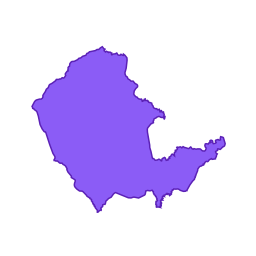 Ossu, Viqueque, East Timor, rotated 63°
{"feature_id": "22284137B78761758678939", "entity_name": "Ossu", "entity_type": "district", "adm_level": 2, "iso_a3": "TLS", "parent_name": "East Timor", "parent_adm1": "Viqueque", "projection": "albers", "projection_center": [126.407, -8.715], "detail": "fine", "context": "isolated", "style": "filled", "palette": "violet", "viewbox_px": 256, "rotation_deg": 63, "n_neighbors": 0, "source": "geoboundaries", "source_scale": "gbopen_adm2", "svg_char_len": 5876}
<svg xmlns="http://www.w3.org/2000/svg" viewBox="0 0 256 256"><g transform="rotate(63 128 128)"><path d="M177.8,49.4L179.1,50.5L180.5,51.0L180.2,52.3L179.1,53.0L178.7,55.4L179.2,56.1L181.1,56.1L181.2,57.3L180.7,59.1L178.7,59.1L178.4,58.6L177.9,58.5L177.0,59.0L176.5,59.7L176.5,60.4L176.8,61.1L177.5,61.0L178.2,60.6L178.4,60.6L178.5,61.1L178.0,62.6L178.7,63.7L177.4,65.6L177.3,66.4L178.4,67.4L179.8,67.8L181.2,67.5L182.0,67.9L183.1,69.3L183.3,70.2L182.3,71.9L181.7,72.3L179.7,73.0L179.3,73.4L178.2,75.5L177.8,77.0L176.3,78.6L176.5,79.5L175.6,80.3L173.4,80.7L173.5,81.7L173.9,82.8L173.7,83.6L171.6,85.7L171.0,86.7L170.4,86.8L169.6,87.4L170.1,89.0L168.7,89.7L168.3,90.8L168.2,91.8L167.3,92.9L167.6,93.5L168.8,93.3L169.2,93.5L169.7,94.9L169.3,95.9L169.8,96.3L170.8,96.2L170.9,97.7L172.2,98.6L173.9,99.2L171.6,100.1L171.3,100.6L171.7,101.6L172.6,102.8L172.6,104.5L172.9,104.8L173.8,104.5L173.9,106.6L174.6,106.8L174.7,107.1L174.3,107.8L174.2,108.6L171.6,108.4L170.8,108.8L170.8,111.1L171.1,111.8L172.5,112.9L172.4,113.3L170.6,113.9L169.8,114.6L169.8,116.5L169.1,118.4L166.9,119.0L166.5,119.8L165.7,119.9L159.3,118.2L155.4,117.5L153.0,116.4L140.6,112.6L137.9,111.4L136.8,110.4L134.7,105.6L134.9,104.7L134.6,104.2L134.9,103.0L134.4,102.7L133.3,102.5L132.9,101.6L131.9,100.9L131.7,100.5L131.7,98.0L131.4,97.1L131.7,95.1L133.6,93.7L134.5,92.0L135.4,91.6L136.4,91.6L136.3,91.2L134.6,89.8L134.4,89.8L134.0,90.7L133.7,90.7L132.6,89.7L131.7,89.5L130.7,89.7L130.1,89.1L129.8,89.1L129.4,90.2L129.0,90.5L127.7,90.3L127.6,90.5L127.6,91.0L128.3,91.4L128.2,92.1L126.6,91.9L125.9,91.6L125.5,91.6L125.4,93.0L125.1,93.4L123.8,93.6L123.5,94.5L122.3,95.6L121.3,96.0L119.7,95.7L118.2,96.0L116.6,95.6L115.5,96.6L114.6,97.8L114.0,97.9L113.3,97.6L112.8,98.4L112.2,98.3L111.4,100.0L110.8,99.9L109.9,99.5L109.8,100.5L110.9,101.6L110.4,102.2L110.8,102.9L110.7,103.2L108.7,102.8L108.3,102.9L108.1,103.3L108.1,103.9L106.6,105.4L105.4,105.8L104.8,105.8L103.6,106.9L101.2,107.5L100.3,107.4L97.8,105.6L96.4,103.2L95.7,100.9L95.4,100.6L94.3,100.1L93.2,100.3L91.6,101.5L88.5,102.2L87.7,104.0L85.9,104.6L84.2,105.7L82.2,105.5L80.9,106.3L78.9,106.2L77.3,105.6L73.8,102.4L67.1,98.0L65.0,97.1L61.8,97.7L60.1,98.5L60.4,98.7L61.2,98.7L61.3,99.1L60.7,99.9L59.1,100.8L59.6,102.1L58.6,103.6L57.8,103.9L56.3,103.9L56.0,104.2L56.2,105.5L55.6,107.0L55.3,108.1L55.5,109.1L55.3,109.3L54.5,109.1L53.8,108.5L53.5,108.9L52.6,109.2L51.6,110.7L51.9,110.8L51.9,111.1L49.9,112.3L50.0,113.6L49.7,113.7L49.2,113.7L48.3,114.2L47.5,113.5L47.5,112.9L47.3,112.7L46.5,113.5L43.9,114.0L44.1,116.5L44.6,117.4L44.6,118.4L44.5,119.1L44.0,119.8L44.2,122.0L42.6,127.7L43.1,129.4L42.9,130.9L43.9,132.1L44.0,133.0L43.5,135.9L44.1,138.1L43.6,140.3L44.2,141.7L44.2,145.6L43.3,147.7L43.4,148.8L44.2,150.5L46.5,152.2L46.5,153.2L47.0,154.0L48.5,154.7L49.0,155.3L49.9,155.4L49.8,156.5L51.1,159.1L51.7,159.5L52.9,159.7L54.2,161.9L54.2,162.8L53.3,163.8L53.8,165.7L53.3,166.6L53.3,167.5L52.2,169.8L53.0,171.2L53.7,175.3L53.7,178.1L54.1,178.9L55.8,180.7L56.4,183.2L58.0,185.1L59.6,187.9L60.3,189.0L61.8,189.8L62.6,190.8L62.8,192.3L62.1,193.6L61.5,196.5L61.5,197.8L62.1,199.3L65.2,203.7L65.7,203.6L67.3,204.0L67.9,203.2L68.9,203.2L71.2,202.0L72.5,201.8L76.7,202.5L85.1,204.8L89.8,204.9L93.0,204.4L94.0,203.7L94.1,203.3L95.4,203.4L107.3,205.3L116.6,206.4L120.2,206.1L121.7,206.7L122.8,208.4L123.4,208.6L123.7,208.0L124.5,207.5L124.5,207.1L125.1,206.6L125.4,205.8L127.7,205.0L128.5,204.5L129.4,202.7L131.0,202.4L132.2,201.5L133.6,200.9L136.7,200.8L137.4,201.4L140.2,201.5L145.1,200.3L146.4,201.0L149.1,199.3L150.5,198.7L151.5,199.2L152.8,200.6L154.2,201.6L155.3,202.0L156.8,202.0L159.2,201.3L162.1,199.8L163.4,197.6L164.3,197.0L168.9,195.6L170.2,195.5L172.3,194.3L172.9,193.7L173.6,194.0L175.1,193.0L176.3,193.7L177.6,193.2L177.7,193.4L179.2,193.5L179.6,193.2L180.3,193.6L180.8,193.1L181.3,193.3L181.5,193.1L181.8,193.4L182.4,193.5L182.9,192.9L184.0,193.4L187.2,192.7L188.4,193.1L188.9,193.6L189.2,193.4L189.3,192.5L188.6,191.0L188.8,190.4L188.7,189.7L189.1,189.3L188.2,188.7L187.1,188.6L186.8,188.0L186.5,186.3L185.0,185.4L185.1,184.0L185.6,183.2L184.9,182.3L183.3,181.1L183.1,180.8L182.5,178.6L182.0,177.5L182.0,174.4L180.2,170.9L179.9,169.6L179.9,168.4L190.3,159.4L191.7,157.0L192.0,154.9L192.3,154.0L195.2,150.3L195.3,143.6L194.7,142.6L192.2,140.7L192.5,139.0L194.0,136.9L194.4,134.8L194.7,134.6L195.9,134.6L196.2,134.3L197.3,134.9L198.3,134.7L199.1,135.0L200.7,134.2L201.3,134.5L202.1,134.1L203.2,134.4L204.0,134.2L204.9,134.8L205.8,134.6L206.3,135.6L206.1,136.3L206.5,136.6L209.0,138.0L209.7,137.5L211.1,138.6L211.4,138.6L212.1,136.9L213.4,135.3L212.6,135.5L212.3,135.2L212.7,134.3L212.5,133.7L211.5,133.3L211.2,133.9L210.3,133.6L210.2,132.9L210.4,132.4L209.8,132.1L209.1,132.7L208.7,132.6L208.4,132.0L207.4,132.0L207.2,131.6L208.0,129.7L207.5,129.8L207.0,130.4L206.7,130.3L206.1,129.4L206.4,128.8L205.1,128.8L204.5,127.7L204.6,127.3L205.3,127.1L205.5,126.8L204.9,126.9L204.2,126.3L204.6,125.3L204.2,124.1L204.7,123.6L204.0,123.0L204.2,122.7L205.1,122.5L204.9,121.9L205.3,121.4L205.7,121.2L206.7,121.7L207.0,121.6L206.7,121.3L207.0,120.7L206.6,119.4L205.7,119.5L205.6,118.6L205.1,118.2L204.3,118.3L203.9,116.6L203.3,116.5L203.5,115.6L203.1,115.0L204.2,113.1L204.9,111.3L205.7,110.5L207.3,109.7L209.6,107.4L210.4,105.6L210.3,104.4L210.6,103.9L209.9,103.3L206.7,98.5L204.6,94.4L203.9,92.1L203.2,91.7L202.5,90.5L201.6,90.1L201.4,89.3L200.7,88.9L197.7,85.4L196.2,84.4L195.0,82.0L194.9,81.0L195.2,79.8L195.0,78.9L195.3,77.4L194.9,77.0L194.4,77.2L194.5,76.0L193.8,75.5L193.3,74.2L193.3,73.4L194.1,72.4L194.1,71.8L193.2,69.9L193.2,67.5L194.1,67.3L195.2,64.1L194.5,63.7L193.6,62.3L192.3,61.4L191.6,60.2L190.4,60.9L189.0,60.8L188.7,60.6L188.6,58.3L188.3,58.0L187.5,57.9L187.3,57.5L187.8,56.7L188.9,55.7L188.9,55.2L187.9,52.2L188.0,51.3L187.8,50.2L187.0,49.3L186.0,48.5L179.9,47.4L179.2,47.8L177.8,49.4Z" fill="#8b5cf6" stroke="#5b21b6" stroke-width="1.5"/></g></svg>